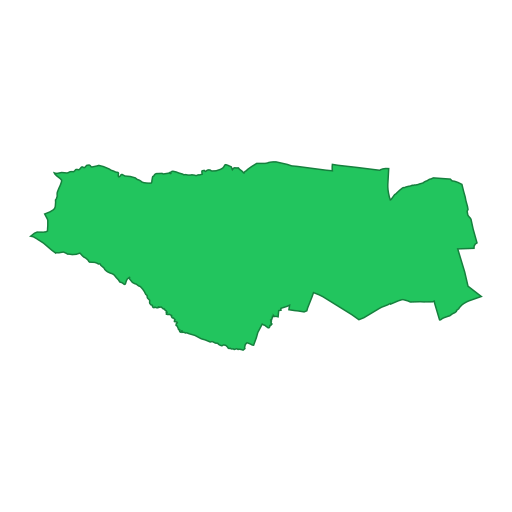 Faraoani, Bacau, Romania (orthographic projection)
{"feature_id": "2599482B40423356180677", "entity_name": "Faraoani", "entity_type": "district", "adm_level": 2, "iso_a3": "ROU", "parent_name": "Romania", "parent_adm1": "Bacau", "projection": "orthographic", "projection_center": [26.881, 46.431], "detail": "fine", "context": "isolated", "style": "filled", "palette": "green", "viewbox_px": 512, "rotation_deg": 0, "n_neighbors": 0, "source": "geoboundaries", "source_scale": "gbopen_adm2", "svg_char_len": 6049}
<svg xmlns="http://www.w3.org/2000/svg" viewBox="0 0 512 512"><path d="M481.3,296.5L468.0,286.2L464.7,272.0L457.7,248.9L474.0,248.3L474.1,246.1L475.3,244.0L477.0,242.9L473.1,229.0L471.0,219.3L470.2,218.0L469.4,217.2L467.9,215.3L467.1,211.3L468.0,209.5L467.5,206.5L465.9,200.7L465.2,197.0L463.7,191.7L461.9,184.4L458.1,182.5L454.7,181.3L452.1,180.9L450.3,179.1L433.5,177.9L432.3,178.3L431.5,178.8L429.4,179.3L427.0,180.8L425.8,181.2L424.4,181.9L422.9,183.0L419.3,184.0L418.2,184.5L415.7,185.0L414.2,185.0L413.0,185.5L412.2,185.2L411.1,185.8L409.1,186.3L408.5,186.3L405.6,187.1L404.6,187.6L403.4,187.6L402.5,188.0L399.7,190.2L396.7,193.0L396.4,193.5L394.6,194.7L391.1,199.5L390.3,199.9L389.3,196.8L388.5,193.1L388.0,189.9L387.8,187.1L387.8,184.4L388.7,168.6L385.8,168.5L382.9,168.9L380.6,169.7L379.8,170.3L357.5,167.5L338.0,165.3L332.4,164.4L332.2,166.3L332.2,169.2L332.4,170.8L326.0,170.2L297.2,166.4L291.7,165.9L287.2,164.4L276.1,161.9L273.0,161.9L270.3,162.2L268.7,162.5L267.5,163.0L265.1,163.4L256.7,163.4L251.4,166.7L247.9,169.2L245.7,171.2L245.3,171.3L244.3,172.2L244.1,172.4L244.1,172.9L243.6,172.9L242.2,171.3L239.7,169.4L238.7,168.4L238.6,168.1L238.1,167.8L237.3,168.0L234.4,167.8L233.6,168.2L232.4,169.7L231.3,166.9L227.8,165.3L226.3,164.8L225.4,164.7L224.7,165.2L224.0,166.6L222.7,168.1L220.4,169.4L216.1,170.8L211.9,171.0L211.0,170.7L210.4,170.2L210.0,170.0L208.3,169.9L207.9,170.0L206.8,170.5L205.6,171.4L205.0,171.2L204.2,170.4L202.2,170.8L201.9,171.2L201.9,172.1L202.2,174.2L199.8,174.9L198.1,174.9L196.4,175.6L195.8,175.6L194.6,175.2L191.9,174.8L190.1,175.1L188.1,175.1L185.6,174.6L183.7,174.8L182.7,174.1L178.8,173.0L176.3,172.0L173.3,171.3L172.1,171.3L170.6,172.4L170.3,172.9L170.7,173.5L170.3,173.6L169.8,173.2L169.7,172.6L168.9,173.1L167.8,173.3L163.3,174.0L162.1,173.4L156.3,173.6L155.2,174.1L154.4,174.9L153.8,176.0L153.0,176.4L152.7,176.7L152.5,177.3L151.9,180.7L151.9,181.5L151.6,182.4L151.0,183.2L147.2,183.1L143.9,182.7L141.9,182.0L140.7,181.0L138.9,180.0L137.3,179.5L135.3,177.9L130.3,176.5L124.9,176.0L122.2,174.5L121.6,174.5L121.0,174.8L120.1,176.1L119.4,176.7L118.8,176.8L118.4,176.4L118.2,175.5L118.5,173.3L118.3,172.8L117.8,172.4L115.7,172.1L113.7,171.1L111.0,170.2L109.2,169.0L103.5,166.6L98.8,165.4L96.8,166.0L91.9,167.0L91.1,166.8L90.2,165.6L89.4,165.1L88.2,165.1L86.7,165.4L84.6,167.6L83.8,167.6L82.7,167.0L82.0,166.9L81.2,167.4L79.7,169.2L78.8,169.8L76.8,169.4L75.8,169.6L74.4,171.1L73.6,171.7L71.2,171.6L69.9,171.8L67.9,172.8L66.9,173.0L61.7,172.5L57.1,173.4L55.5,173.3L54.3,172.9L54.7,173.8L56.6,175.8L60.1,178.5L61.6,180.1L61.5,181.8L60.3,185.2L58.7,188.7L57.3,192.3L57.1,193.9L57.2,196.2L56.3,199.0L55.5,200.0L55.6,202.3L55.3,206.3L55.0,207.5L54.4,208.7L53.2,209.9L49.9,211.9L44.7,214.0L47.4,219.1L47.8,220.4L47.8,225.6L47.6,228.3L47.5,231.0L45.5,232.0L45.0,231.9L43.5,232.2L37.1,232.1L34.5,233.2L30.7,236.2L33.4,236.8L36.0,238.3L43.5,243.1L51.9,250.3L55.7,253.1L56.0,252.7L58.9,252.8L63.4,252.0L66.1,253.2L67.6,254.1L69.1,254.1L72.3,254.6L76.2,254.3L79.9,253.1L80.9,254.1L82.4,255.8L84.0,257.2L85.5,257.9L87.4,259.5L88.1,260.2L88.7,261.3L89.5,262.1L94.8,262.4L96.9,263.1L98.4,264.0L99.8,263.8L100.2,264.1L100.9,265.4L103.9,267.9L104.9,269.6L106.3,270.9L107.5,271.8L110.0,273.0L112.4,273.8L114.2,275.0L116.2,277.5L118.4,279.8L119.8,282.0L122.2,282.8L124.3,284.4L125.0,284.3L125.5,283.6L126.3,280.9L127.2,279.1L129.4,277.3L129.6,277.4L129.4,278.4L129.6,279.0L132.4,282.4L134.6,283.6L136.4,284.2L138.6,285.9L140.4,286.6L143.0,289.5L143.7,290.7L144.3,291.4L145.7,294.3L147.1,295.5L147.2,297.1L147.5,298.0L149.7,300.3L149.6,302.7L149.8,303.4L151.0,304.9L151.4,304.9L152.4,305.4L152.5,306.6L153.1,307.4L154.0,307.7L154.9,307.1L156.3,307.7L157.8,307.8L158.1,307.7L158.3,306.9L158.8,306.8L159.2,307.3L161.2,307.0L163.3,308.9L163.6,309.0L164.0,308.7L164.6,309.2L164.9,310.0L165.5,310.4L166.3,310.8L166.4,311.4L166.2,312.1L167.1,312.3L166.9,312.8L166.4,313.5L166.4,314.2L168.1,314.6L169.2,314.3L171.6,315.5L171.4,316.0L171.5,316.7L172.2,317.7L172.7,318.0L173.3,317.9L173.6,318.1L174.2,318.9L175.0,319.5L174.7,320.6L174.3,321.1L174.5,321.6L176.7,321.9L177.1,322.3L177.3,322.7L177.1,323.0L176.3,323.7L176.1,324.6L176.1,325.4L177.1,326.0L178.2,328.3L178.3,329.0L178.7,329.7L179.4,329.5L179.7,329.8L179.9,330.1L179.6,331.1L179.8,331.6L180.2,332.0L180.6,332.2L181.2,332.1L181.8,330.8L182.0,330.8L182.1,331.2L182.0,332.2L182.1,332.4L182.9,332.2L184.5,332.5L185.4,333.0L186.8,332.8L188.7,333.6L194.9,335.4L201.3,338.8L205.2,339.9L210.2,342.0L211.8,341.6L212.7,341.7L215.2,343.0L216.1,343.2L217.1,343.2L217.9,343.4L218.3,344.1L219.5,344.9L221.4,345.7L222.1,345.7L223.5,344.9L225.6,345.3L226.3,345.8L227.5,347.0L228.1,348.0L229.0,348.5L230.4,348.3L231.0,348.8L231.6,349.0L233.3,348.9L234.2,349.5L236.7,348.7L238.1,349.5L238.8,349.1L239.4,349.2L241.5,349.6L243.1,350.1L244.9,348.6L244.6,347.4L245.3,344.5L247.0,342.7L250.2,343.9L252.2,345.0L253.6,345.2L256.3,337.9L257.8,332.5L262.2,324.1L263.5,324.9L264.9,325.3L265.5,325.9L268.1,327.8L268.9,327.8L269.4,327.3L269.9,326.4L269.9,325.9L269.8,325.5L270.8,325.2L270.7,325.0L271.9,324.1L271.8,323.7L271.1,323.3L271.2,322.4L270.9,322.0L271.4,321.3L271.4,321.0L271.0,320.8L271.0,320.4L270.7,320.0L271.3,319.5L271.7,319.5L272.2,317.6L272.4,317.6L272.5,316.3L273.7,316.5L273.6,315.6L274.3,316.4L276.4,316.4L278.1,316.8L278.7,310.6L281.0,310.2L280.8,309.1L280.8,308.6L281.0,308.3L286.9,306.4L289.6,305.2L288.9,309.7L294.7,310.6L297.9,310.9L304.1,311.9L306.8,310.8L307.6,308.0L312.0,296.9L313.5,292.6L319.1,294.8L322.9,296.7L351.9,314.7L358.9,319.7L363.9,317.7L379.2,308.5L381.6,307.2L387.8,304.8L389.7,303.7L390.3,303.5L390.6,304.1L398.4,300.8L402.1,299.6L403.6,299.7L406.0,300.4L407.8,300.9L410.3,302.0L420.3,301.7L423.6,301.9L432.7,301.8L434.2,301.1L434.7,303.5L439.5,319.7L439.6,319.9L440.6,319.8L442.5,318.4L444.3,317.6L448.6,316.1L449.5,315.9L450.2,315.5L450.6,315.0L451.2,314.8L451.8,314.2L454.1,312.9L454.5,312.9L456.4,311.4L456.6,310.4L458.9,308.6L459.2,307.8L461.8,305.0L463.8,303.5L466.6,301.9L468.8,300.9L481.3,296.5Z" fill="#22c55e" stroke="#15803d" stroke-width="1.5"/></svg>